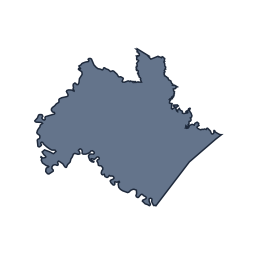 Sayaxché, Petén, Guatemala (Natural Earth projection), rotated 299°
{"feature_id": "79465075B52336301108850", "entity_name": "Sayaxché", "entity_type": "district", "adm_level": 2, "iso_a3": "GTM", "parent_name": "Guatemala", "parent_adm1": "Petén", "projection": "natural_earth1", "projection_center": [-90.182, 16.297], "detail": "fine", "context": "isolated", "style": "filled", "palette": "slate", "viewbox_px": 256, "rotation_deg": 299, "n_neighbors": 0, "source": "geoboundaries", "source_scale": "gbopen_adm2", "svg_char_len": 5778}
<svg xmlns="http://www.w3.org/2000/svg" viewBox="0 0 256 256"><g transform="rotate(299 128 128)"><path d="M128.1,198.1L160.7,210.1L167.5,213.0L167.0,212.1L166.7,210.4L166.8,206.3L167.7,205.1L167.6,204.5L167.2,204.4L165.7,205.3L164.7,205.4L163.8,205.0L163.5,204.2L164.0,203.0L165.3,201.6L166.4,197.7L165.9,197.1L164.6,197.1L164.3,195.5L163.2,194.5L162.8,193.4L161.7,192.5L161.4,190.9L161.5,189.0L162.0,188.0L162.8,187.9L164.6,188.9L165.2,187.9L166.3,187.6L166.6,185.6L164.5,184.3L162.7,184.5L162.4,182.6L162.0,182.0L160.1,180.6L158.0,180.8L157.1,180.6L156.1,179.5L155.9,178.3L156.8,178.7L157.4,177.7L158.1,177.5L157.5,179.5L158.1,180.2L160.0,179.0L161.3,179.3L163.1,178.3L163.5,178.3L164.1,179.2L165.2,179.4L166.6,178.6L167.0,177.6L168.4,178.3L169.7,178.0L171.5,176.0L172.8,173.3L175.3,172.9L175.3,172.5L174.2,171.7L172.1,172.0L171.2,170.9L170.3,170.7L169.7,171.2L169.9,171.8L170.6,172.2L170.6,172.7L170.1,172.8L167.7,169.8L167.4,168.4L169.0,167.4L168.9,165.2L170.0,163.4L167.7,162.7L166.4,163.4L166.6,162.2L168.2,160.4L169.3,160.2L171.7,161.3L172.1,160.0L170.0,156.6L169.3,156.9L169.1,158.9L168.5,159.1L167.1,158.0L166.0,157.7L166.1,156.6L169.1,155.0L170.7,154.7L169.9,152.7L170.0,152.1L171.7,151.5L173.2,151.7L173.3,151.3L172.8,150.8L172.9,150.3L174.0,150.6L174.1,151.4L175.2,152.6L175.4,152.5L175.1,152.1L175.4,151.3L176.5,151.3L177.1,152.6L178.1,152.0L178.5,152.6L179.6,151.9L180.4,152.0L180.7,151.4L182.2,151.2L182.4,150.1L184.1,148.7L185.2,150.1L185.8,150.5L186.8,150.2L187.9,151.2L188.0,147.9L187.5,147.4L187.1,146.3L187.7,146.4L188.0,145.9L188.2,144.6L189.9,142.6L189.9,140.1L191.2,138.6L191.0,138.0L191.4,137.0L191.4,134.7L191.8,134.7L192.3,133.7L193.4,133.1L194.0,133.2L194.1,132.7L195.3,132.9L195.8,131.9L197.5,131.9L197.7,132.3L198.3,131.7L198.7,131.8L199.6,131.4L200.0,130.2L202.2,128.8L203.1,127.4L203.9,127.7L203.9,127.4L206.6,126.4L206.7,125.0L207.0,124.5L206.9,123.3L205.7,123.2L205.4,120.8L205.1,120.5L205.3,119.5L199.3,114.6L200.6,110.9L201.1,111.4L201.7,97.9L201.3,98.2L200.9,97.1L200.6,98.3L199.0,99.0L199.3,99.9L198.6,100.5L198.5,101.8L197.1,102.7L196.0,102.3L195.7,101.7L196.0,101.5L195.0,100.4L194.4,101.5L193.6,101.5L192.0,102.5L192.4,103.3L191.9,104.7L188.7,104.2L187.7,105.4L186.4,106.1L186.0,106.1L185.9,105.5L184.5,105.9L183.7,107.1L183.1,106.9L182.5,107.6L183.0,108.5L182.8,109.5L181.5,109.8L181.1,110.5L180.5,110.0L180.0,110.9L179.5,111.1L179.4,112.1L178.1,112.9L177.9,114.4L177.2,115.3L176.4,115.4L174.7,117.6L173.6,115.8L173.5,115.1L173.2,115.0L173.1,114.3L171.7,112.9L172.1,112.0L171.2,111.7L171.6,110.7L171.1,110.1L170.4,110.2L170.8,109.1L170.4,108.5L170.3,107.4L169.5,107.1L169.5,106.0L169.2,105.2L166.3,102.7L165.6,101.1L166.0,100.2L168.8,100.0L169.3,99.4L169.3,96.8L168.4,95.5L168.3,94.8L169.8,92.1L170.8,87.9L170.6,86.9L168.9,85.3L169.5,82.5L169.1,80.2L169.3,78.3L168.7,77.6L167.0,77.8L166.3,77.3L166.0,74.9L165.3,72.9L165.7,70.5L166.7,67.6L170.6,62.6L170.6,61.4L169.9,60.2L168.8,59.8L168.0,61.1L167.0,61.2L165.0,58.8L162.8,56.9L161.9,56.4L160.4,56.2L158.4,55.0L156.9,57.7L156.2,57.5L156.1,56.0L155.4,56.1L155.1,56.8L154.8,60.2L153.8,61.2L152.5,61.9L147.6,61.6L143.7,63.2L141.8,63.2L141.3,62.6L141.1,61.9L141.7,60.5L141.6,59.7L139.8,58.9L138.3,59.5L137.0,60.7L135.5,61.0L134.7,62.6L134.1,62.9L133.9,60.5L133.2,58.9L132.4,57.4L131.2,56.4L130.1,56.4L128.1,59.4L127.0,59.9L125.8,59.3L122.4,55.4L120.3,53.9L119.3,53.8L117.9,54.7L116.8,55.0L114.4,53.6L111.8,53.1L109.2,51.9L107.5,51.8L106.5,52.3L105.6,53.8L105.5,54.7L105.9,55.8L105.7,56.3L105.4,56.8L104.6,56.9L98.0,50.4L97.1,50.2L95.3,51.4L94.3,50.9L94.1,49.7L94.7,48.0L95.4,47.7L96.7,47.9L97.8,46.8L97.7,45.6L96.9,44.2L96.0,43.5L92.9,43.9L89.1,43.0L88.6,43.6L88.6,44.8L90.9,49.6L90.7,51.0L87.9,49.9L85.7,50.5L84.7,50.1L81.9,50.0L79.8,50.5L79.1,51.3L78.8,53.7L78.3,54.8L76.5,55.7L75.6,55.5L74.4,54.6L73.4,54.5L68.4,58.0L68.2,58.7L68.6,59.8L70.6,60.6L71.4,60.5L72.2,59.1L73.1,58.9L73.8,59.4L74.0,60.3L73.0,62.3L72.1,66.2L71.7,69.9L71.8,72.3L73.3,74.8L72.6,76.4L69.6,75.4L69.3,75.0L69.2,70.7L68.4,65.6L65.4,64.5L63.9,67.3L63.5,69.3L62.9,70.2L62.1,70.0L61.0,68.8L60.5,67.8L60.8,65.9L60.2,65.9L59.7,67.4L57.8,67.7L56.0,70.1L55.5,74.8L56.0,76.5L55.8,77.4L55.4,77.4L54.3,76.5L53.0,76.0L51.6,76.4L50.0,77.2L49.0,79.7L49.4,81.1L53.9,83.5L54.9,83.1L55.7,81.1L57.3,80.3L59.0,80.5L60.0,81.3L60.6,82.1L61.0,84.2L61.6,84.7L62.5,84.5L63.9,83.0L65.3,83.2L65.5,84.4L65.1,88.3L63.4,91.6L63.4,92.8L63.8,93.2L66.6,92.9L70.2,93.9L73.2,93.1L75.7,93.3L78.7,92.9L80.0,93.8L80.8,97.1L81.9,98.4L82.4,98.3L83.4,97.5L84.5,95.4L86.1,95.9L86.8,96.7L86.4,98.3L85.6,99.2L83.6,100.1L83.4,101.4L84.7,103.8L87.0,105.8L88.4,106.5L89.9,106.7L90.8,107.8L90.7,109.5L90.0,110.6L89.5,110.8L88.3,110.4L87.0,107.6L85.1,106.8L83.7,107.4L81.4,110.1L80.9,112.3L81.4,114.4L81.9,114.6L82.2,114.3L82.1,111.6L82.7,110.9L83.3,110.7L83.7,111.3L84.2,113.8L87.8,115.1L88.2,115.9L88.1,116.8L87.7,117.5L86.9,117.8L85.1,116.7L84.0,116.8L82.9,118.6L81.1,120.1L81.1,121.2L81.7,122.4L81.8,123.3L80.9,125.3L79.6,126.0L77.7,125.8L75.6,126.4L74.7,127.6L74.8,128.6L76.0,129.7L74.4,131.4L74.5,133.4L74.9,134.0L76.0,134.5L77.4,134.6L77.5,136.1L78.3,137.3L78.5,138.5L77.9,139.7L77.0,140.1L76.1,139.8L74.2,138.3L73.0,138.1L71.8,139.7L71.0,142.3L71.2,143.3L71.7,143.7L72.6,143.7L74.3,142.5L74.7,142.8L75.2,144.6L77.0,146.1L76.6,146.8L75.1,146.4L74.1,146.6L71.6,148.7L70.7,151.0L70.5,153.7L71.3,158.9L72.2,159.8L75.0,160.7L76.9,162.2L77.4,163.2L77.7,165.5L74.7,167.4L72.7,167.7L71.9,168.7L71.9,170.1L72.4,170.8L75.6,171.4L76.6,172.0L76.9,173.0L76.4,174.3L76.5,176.8L75.8,177.9L74.8,177.9L72.0,175.9L71.0,176.0L70.0,179.8L70.5,182.5L70.4,184.3L70.9,184.7L72.3,184.5L73.8,182.4L75.5,181.1L76.6,180.9L77.6,181.8L77.6,183.1L77.0,183.7L75.1,184.3L72.9,187.5L72.7,188.3L73.6,189.3L73.5,190.1L128.1,198.1Z" fill="#64748b" stroke="#1e293b" stroke-width="1.5"/></g></svg>